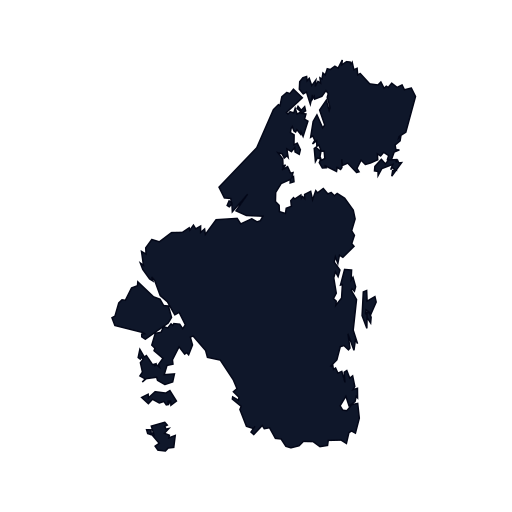 Tysnes nor, Hordaland, Norway, rotated 99°
{"feature_id": "86288312B12130707961185", "entity_name": "Tysnes nor", "entity_type": "district", "adm_level": 2, "iso_a3": "NOR", "parent_name": "Norway", "parent_adm1": "Hordaland", "projection": "equal_earth", "projection_center": [5.536, 59.979], "detail": "fine", "context": "isolated", "style": "filled", "palette": "ink", "viewbox_px": 512, "rotation_deg": 99, "n_neighbors": 0, "source": "geoboundaries", "source_scale": "gbopen_adm2", "svg_char_len": 6115}
<svg xmlns="http://www.w3.org/2000/svg" viewBox="0 0 512 512"><g transform="rotate(99 256 256)"><path d="M400.0,128.6L385.7,132.5L387.8,138.0L394.6,142.1L394.7,146.2L390.8,149.5L380.5,145.3L389.4,140.7L384.3,135.4L378.9,135.1L380.2,133.5L370.8,135.1L372.9,139.4L369.4,138.0L359.3,141.8L362.0,144.3L354.9,148.4L357.0,150.7L367.1,148.3L356.6,153.2L358.9,156.8L354.2,159.9L355.9,161.8L351.9,163.1L353.4,164.4L353.1,165.0L345.9,159.9L332.4,158.6L330.7,155.1L334.2,150.0L332.2,148.8L318.3,153.1L333.8,144.5L322.9,144.7L326.7,142.0L314.0,148.4L283.3,149.9L275.0,156.6L273.3,155.9L275.4,153.3L270.8,152.8L261.8,156.9L264.9,158.3L254.9,159.4L255.4,166.4L271.5,168.0L270.7,166.2L284.2,164.9L292.3,169.5L288.0,169.7L286.0,172.9L280.2,170.9L265.4,175.8L259.1,175.1L263.5,171.7L256.7,170.9L249.8,177.8L244.4,177.5L250.5,174.0L242.1,173.7L243.7,170.0L231.1,160.7L228.8,163.4L220.2,162.0L216.1,165.5L203.9,163.9L195.5,167.1L185.0,177.5L181.5,185.6L184.2,188.0L181.5,191.7L183.4,194.8L178.8,200.1L184.0,205.1L182.1,207.2L191.7,208.9L183.6,212.1L187.6,217.6L191.8,216.8L190.0,219.3L192.0,220.2L188.7,221.2L193.7,226.6L192.5,228.1L195.9,230.3L201.4,228.8L204.1,233.6L209.4,233.6L208.5,239.8L202.3,241.1L199.2,245.3L190.1,246.5L180.5,242.5L175.0,234.1L178.5,233.7L176.7,230.1L171.6,231.4L173.1,233.0L167.8,232.5L168.8,234.8L162.8,238.8L166.9,243.7L161.3,241.1L163.3,243.3L155.9,244.8L150.5,250.6L151.0,246.3L154.8,243.4L152.2,241.1L153.5,239.7L145.4,242.3L147.4,237.3L142.8,234.7L147.1,233.7L148.8,229.2L144.1,228.8L138.1,232.9L140.2,235.9L130.4,237.3L128.7,241.3L124.5,241.3L122.5,240.4L126.6,238.1L127.4,236.3L124.8,235.4L128.8,230.9L126.3,230.9L130.5,228.2L114.7,225.8L113.3,229.5L107.9,228.9L108.1,233.2L104.9,229.7L100.9,231.3L105.0,234.1L101.6,237.9L103.9,238.5L106.6,234.0L109.4,237.6L104.1,240.4L108.7,241.1L108.2,244.9L110.9,246.7L109.5,248.4L92.5,235.0L85.4,245.1L90.3,247.9L89.7,251.2L94.7,255.4L103.8,255.8L103.0,257.5L108.7,261.7L149.0,272.2L193.8,303.3L203.6,296.3L203.1,289.9L207.4,288.6L205.8,291.2L210.6,292.4L211.6,290.1L208.2,288.0L216.0,286.3L196.2,273.9L214.5,282.8L217.5,271.8L215.6,255.4L220.5,257.2L222.1,260.3L219.9,266.0L226.7,276.1L221.8,280.5L226.4,301.1L242.6,309.4L237.4,311.0L241.4,314.4L235.1,315.4L238.6,319.8L235.3,322.6L240.9,325.4L238.6,326.4L244.2,332.4L246.1,343.1L257.1,353.7L256.0,361.5L265.2,366.2L271.3,364.9L269.4,369.8L282.8,365.7L281.1,369.1L287.0,365.7L295.3,357.5L296.8,353.9L293.0,355.8L295.7,352.4L310.1,344.4L315.1,336.3L326.8,327.0L323.7,323.1L335.0,315.0L339.3,317.0L335.3,320.7L335.6,326.6L337.7,327.4L336.3,329.3L340.9,331.9L340.2,336.2L346.1,337.8L348.2,343.4L360.3,345.0L362.9,341.4L365.5,341.9L371.6,331.9L378.2,335.2L381.0,333.9L379.0,337.2L380.8,339.3L378.2,338.2L379.5,341.2L371.5,348.7L373.3,350.5L366.4,356.1L374.7,356.5L376.0,354.2L373.6,353.0L375.8,351.4L379.5,353.5L388.4,350.0L392.6,351.9L394.7,346.2L398.3,348.6L394.3,345.2L391.3,335.2L394.2,333.8L397.2,325.9L393.4,318.6L385.2,318.1L387.6,328.1L378.0,326.8L375.8,321.1L371.6,322.3L357.7,317.8L364.1,311.1L362.3,309.3L364.1,307.1L353.8,304.8L346.4,308.2L344.9,305.6L357.2,291.0L363.7,288.1L364.4,275.0L381.8,259.1L390.0,254.0L393.6,257.1L398.2,250.7L401.2,250.8L398.8,257.0L401.0,257.0L406.8,247.1L410.1,247.9L425.7,238.8L426.8,231.7L424.3,230.3L430.7,233.4L432.7,230.3L422.4,223.3L425.3,220.8L423.5,215.8L433.1,208.3L432.8,202.6L439.3,196.7L440.0,191.5L436.7,183.8L431.7,180.2L430.4,170.6L434.3,163.0L431.9,155.7L426.8,155.8L424.5,143.2L427.0,137.4L415.9,136.6L413.9,134.2L415.4,130.1L400.0,128.6ZM73.5,123.4L65.8,128.9L68.6,135.4L64.2,138.5L67.4,143.0L64.1,149.0L68.9,151.8L67.9,153.9L70.3,155.7L64.6,159.9L68.0,162.3L68.2,170.6L59.5,181.6L61.2,183.9L54.8,185.5L56.7,188.5L49.6,191.3L51.8,192.2L49.7,193.3L49.9,197.0L53.8,201.2L48.9,201.4L57.6,204.3L56.2,207.8L60.2,211.8L59.9,214.9L66.4,215.9L64.8,218.5L70.9,218.5L70.0,220.7L75.2,219.2L73.8,222.1L79.4,224.1L72.9,224.4L79.0,227.6L72.2,231.2L75.0,232.9L70.8,234.1L72.6,237.6L77.0,240.1L84.5,239.3L88.5,234.7L86.1,231.8L97.5,226.1L87.9,225.5L92.2,224.8L89.2,223.4L91.9,222.6L88.0,215.9L81.7,212.8L84.3,210.0L88.0,210.5L96.4,206.7L98.3,206.1L100.9,206.5L91.1,210.9L101.9,216.0L115.9,208.6L119.0,210.2L107.1,217.9L114.2,220.6L130.2,220.6L128.5,218.7L132.6,216.0L136.5,217.7L132.6,214.1L138.1,213.1L136.6,211.3L140.4,208.9L142.4,208.8L139.3,213.9L140.7,215.3L153.4,212.1L149.5,210.7L149.9,208.4L142.3,208.2L141.8,205.1L148.9,203.3L151.3,206.4L149.8,207.2L153.9,208.1L158.7,204.2L157.9,200.6L155.8,202.6L159.9,189.7L155.8,189.7L157.3,186.0L155.2,185.0L147.0,186.5L152.9,184.6L149.9,179.9L157.8,169.7L156.7,167.4L153.6,170.0L144.9,167.2L148.5,162.3L146.2,157.4L141.9,150.8L136.1,152.1L137.7,148.6L133.6,146.1L136.1,140.7L140.2,141.3L139.6,137.3L131.7,135.8L128.8,131.0L129.2,134.4L124.6,136.0L119.7,131.7L114.7,131.7L117.3,133.6L115.6,133.4L110.3,127.4L73.5,123.4ZM329.9,329.8L319.1,334.7L319.4,339.5L313.7,344.0L312.3,350.9L300.0,368.7L303.9,368.4L307.0,373.9L320.2,378.1L320.2,381.5L323.8,384.2L337.5,385.9L339.5,388.6L346.7,384.5L349.3,355.8L350.2,353.9L351.0,356.7L353.7,356.2L355.5,352.3L336.0,332.3L329.9,329.8ZM457.9,307.3L445.9,307.7L449.3,313.7L446.6,313.5L445.4,318.7L440.0,315.1L441.1,317.7L438.5,319.6L436.9,317.2L434.5,320.1L440.4,332.8L449.5,328.2L446.5,330.0L448.3,331.7L444.1,332.5L444.7,336.9L448.3,335.2L449.0,330.6L456.1,322.3L459.6,325.9L463.1,322.5L462.8,315.0L459.4,312.7L457.9,307.3ZM411.7,311.9L402.4,320.0L405.5,323.7L405.8,334.4L412.9,340.0L409.4,340.9L413.6,346.8L418.7,339.2L413.7,335.8L416.3,328.5L414.1,324.2L417.1,321.3L416.4,319.2L413.1,318.1L415.6,320.0L413.1,320.1L412.6,317.6L416.7,316.7L411.7,311.9ZM282.7,130.1L277.5,132.2L283.2,139.2L272.8,141.3L274.7,144.4L298.3,141.9L310.1,135.2L299.3,136.7L304.2,132.3L298.5,132.7L294.7,134.9L294.2,137.8L297.2,137.1L295.5,138.9L291.9,138.9L293.8,135.0L295.5,134.2L295.7,133.5L282.7,130.1ZM155.9,134.4L141.0,126.8L141.7,129.6L139.3,131.1L141.7,132.5L138.8,132.4L140.4,140.1L144.8,142.6L140.9,147.3L148.9,152.6L153.4,152.3L153.4,148.7L157.4,148.0L150.0,145.4L144.1,135.2L149.6,136.5L147.3,135.1L149.6,131.3L150.2,134.4L155.9,134.4Z" fill="#0f172a" stroke="#020617" stroke-width="1.5"/></g></svg>